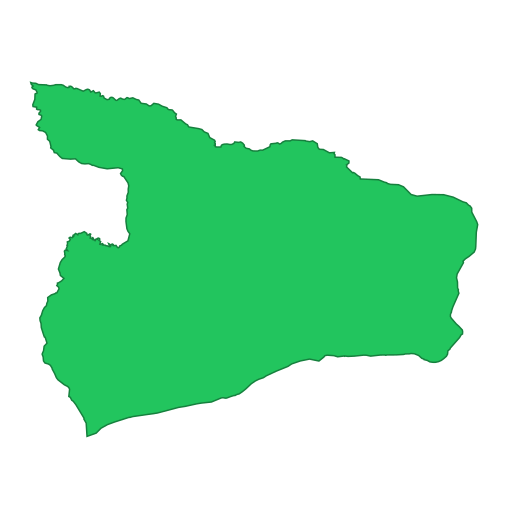 Kota Pagar Alam, Sumatera Selatan, Indonesia, rotated 269°
{"feature_id": "22746128B19740076763731", "entity_name": "Kota Pagar Alam", "entity_type": "district", "adm_level": 2, "iso_a3": "IDN", "parent_name": "Indonesia", "parent_adm1": "Sumatera Selatan", "projection": "equal_earth", "projection_center": [103.303, -4.121], "detail": "fine", "context": "isolated", "style": "filled", "palette": "green", "viewbox_px": 512, "rotation_deg": 269, "n_neighbors": 0, "source": "geoboundaries", "source_scale": "gbopen_adm2", "svg_char_len": 5951}
<svg xmlns="http://www.w3.org/2000/svg" viewBox="0 0 512 512"><g transform="rotate(269 256 256)"><path d="M276.0,476.7L283.5,478.2L286.4,477.3L296.1,472.5L300.0,472.5L302.3,470.9L303.1,469.4L305.5,467.2L306.6,463.7L311.4,454.2L314.0,444.7L314.4,433.2L313.0,418.1L314.8,412.1L322.6,404.7L324.8,399.7L325.3,391.7L326.2,388.7L327.0,387.9L327.6,385.6L330.1,379.8L331.2,361.6L333.2,361.4L334.5,359.2L337.1,356.2L337.8,354.7L337.5,354.0L343.4,348.1L344.9,348.4L345.5,348.0L347.3,350.5L349.4,350.6L351.7,346.0L351.5,345.3L352.3,344.6L353.1,343.2L353.4,336.7L355.9,336.7L357.0,335.8L358.2,336.2L357.9,331.2L361.3,325.2L361.6,321.2L363.5,319.7L367.2,319.2L370.1,314.7L369.4,311.7L370.1,307.7L370.5,307.2L371.5,294.2L370.5,292.1L370.6,287.3L369.4,284.5L368.1,283.1L367.5,281.5L368.5,280.2L368.8,279.1L368.4,278.2L367.9,272.9L367.1,272.2L365.0,271.8L361.7,264.5L361.8,262.0L360.9,259.3L361.1,254.7L361.9,252.7L363.2,251.2L363.9,248.0L365.7,246.0L367.0,246.3L369.1,244.6L370.3,242.7L369.9,240.6L370.4,236.7L369.1,236.0L368.0,233.9L367.9,232.0L368.5,229.1L368.4,226.1L367.9,224.2L367.2,223.3L365.6,222.8L365.7,218.0L366.1,217.2L366.8,217.2L367.5,216.4L367.9,217.2L369.2,217.2L369.9,216.5L371.0,217.2L372.5,216.6L375.2,211.8L379.4,210.1L381.0,206.4L383.4,204.1L384.4,200.7L386.1,191.4L386.5,190.8L388.4,189.8L389.3,188.0L393.4,183.3L393.4,179.8L394.0,178.6L395.6,178.6L397.0,178.0L399.3,178.9L400.6,177.1L403.2,175.1L403.5,174.6L403.8,171.6L404.3,170.6L405.8,169.5L407.4,164.8L409.5,161.2L410.4,156.5L408.0,153.6L407.9,151.8L409.9,149.0L410.7,143.8L414.0,141.5L414.6,139.0L416.3,135.6L415.6,132.0L416.5,130.5L416.6,129.7L414.9,127.5L414.9,127.0L415.2,125.4L416.2,123.5L415.8,122.1L414.1,119.8L414.0,119.1L414.1,118.6L416.6,116.0L417.1,115.0L417.2,113.8L416.4,112.4L415.3,112.1L414.9,109.8L416.6,106.9L418.6,106.3L419.0,105.1L418.4,104.3L418.6,102.9L421.1,103.2L422.6,102.1L421.8,98.7L422.1,97.9L424.1,96.3L422.8,93.7L425.0,92.4L425.7,90.8L425.4,89.4L423.8,86.1L426.6,79.9L426.8,78.7L426.4,78.1L426.3,76.9L428.4,74.8L429.0,73.7L428.9,72.1L427.9,72.1L427.6,70.8L428.2,68.8L430.1,66.2L430.7,64.3L430.8,58.8L430.2,56.7L429.8,53.0L430.3,50.2L430.7,49.7L431.2,41.5L432.5,38.9L432.8,35.5L433.4,33.8L431.6,34.3L429.8,36.1L428.7,34.9L428.1,35.0L427.0,36.0L425.9,38.8L423.4,40.0L422.4,39.7L422.2,38.3L421.8,37.9L416.5,37.6L411.2,35.5L409.7,35.6L409.3,35.7L408.6,39.3L406.7,39.2L406.2,39.9L406.0,42.1L405.5,43.1L404.4,43.1L402.6,41.5L401.3,41.5L400.5,43.6L399.7,44.2L396.3,43.5L394.1,40.3L390.9,38.5L390.4,38.8L388.3,41.9L386.1,40.5L385.2,41.8L384.9,44.8L383.2,47.8L379.6,49.6L376.4,49.5L374.6,51.5L373.3,52.0L369.0,52.9L367.7,52.6L365.3,55.4L362.9,56.1L362.4,58.6L358.9,61.6L356.9,64.0L356.1,72.2L356.3,77.2L353.2,80.4L351.5,83.3L351.1,86.5L351.3,90.3L350.4,92.5L349.5,93.9L349.5,95.2L347.4,100.5L345.8,108.7L346.7,119.8L345.4,123.9L343.6,124.1L340.8,122.0L339.0,122.9L338.1,124.0L337.6,125.3L331.4,129.3L328.4,130.0L325.2,129.4L321.8,129.4L318.3,128.0L316.1,128.0L314.0,127.4L311.9,128.7L310.0,128.1L306.1,128.6L304.6,127.7L299.6,128.0L296.2,126.7L292.7,126.6L285.6,127.4L283.0,128.4L280.4,130.2L273.4,128.2L270.1,122.5L269.1,121.7L268.4,119.9L267.2,119.5L266.6,118.3L267.7,117.0L269.0,116.3L268.9,113.8L269.1,113.2L270.0,113.4L270.5,112.5L269.7,110.9L269.6,110.1L270.4,109.8L270.9,108.9L269.1,109.6L268.5,110.9L267.9,110.5L267.9,109.4L268.8,107.3L268.8,106.3L269.4,105.7L269.7,102.9L270.4,103.3L271.1,102.7L270.3,100.5L270.5,100.0L273.2,100.9L274.4,99.3L275.6,100.1L276.2,99.8L276.7,98.5L276.2,97.6L275.6,97.6L275.8,96.8L275.5,96.0L274.2,95.6L274.2,95.2L275.0,94.6L275.1,93.3L275.6,92.7L276.4,93.7L277.2,93.1L276.7,92.2L276.8,90.6L278.5,90.9L279.7,90.3L280.7,91.1L280.9,90.9L281.0,90.2L279.8,88.3L280.2,87.4L281.6,87.2L283.3,84.7L281.7,81.1L281.7,79.2L281.2,78.5L280.3,78.2L281.7,76.1L280.6,74.7L280.2,74.7L280.0,73.6L278.9,73.2L278.6,73.8L277.5,72.5L278.0,70.7L277.7,69.8L277.2,69.4L275.8,70.6L274.2,69.7L273.4,67.6L271.6,67.8L269.8,67.2L269.5,67.7L266.5,66.4L264.7,67.7L265.2,65.4L264.2,64.5L261.7,64.9L260.5,64.7L260.0,65.2L259.3,65.3L258.2,64.7L255.8,62.1L252.8,60.2L246.4,58.2L242.5,59.7L239.9,60.1L237.0,63.6L234.5,61.2L232.6,58.0L232.4,57.0L231.0,57.0L229.9,56.3L228.4,58.0L226.7,58.5L222.6,56.2L222.5,55.0L221.9,54.5L220.7,50.7L218.1,47.0L214.6,47.1L212.2,46.0L210.0,45.6L208.2,43.6L205.0,41.8L200.6,40.4L197.9,38.8L195.1,39.0L192.3,39.9L188.2,40.1L180.8,42.3L178.7,43.0L178.4,43.8L172.5,45.5L169.5,42.6L164.9,41.9L162.1,40.6L161.3,40.5L158.9,41.4L154.8,41.7L152.7,43.1L151.6,46.6L150.3,48.5L147.4,50.2L146.7,50.2L142.0,52.6L137.8,54.3L135.7,55.8L130.6,62.1L128.8,65.5L127.4,66.7L126.1,67.3L118.8,66.4L117.9,67.9L115.1,69.2L113.9,70.8L110.5,73.3L96.9,81.2L95.9,81.1L91.9,83.3L78.6,83.9L81.7,93.1L86.5,98.0L90.0,104.5L92.5,111.7L97.0,126.6L96.8,127.0L97.6,129.9L100.7,154.5L106.0,176.0L106.9,182.6L109.2,194.0L109.9,198.8L110.8,208.9L114.7,218.8L114.9,220.5L114.4,222.9L114.5,224.2L115.9,228.1L116.9,231.5L116.9,232.6L117.9,234.5L118.4,236.7L120.5,239.9L123.3,243.5L128.4,249.1L131.1,253.2L132.7,256.6L134.2,261.3L136.1,264.3L140.5,274.2L145.1,286.1L147.5,289.8L150.3,298.5L152.0,307.7L149.9,317.1L153.8,322.1L155.1,323.1L155.6,325.4L155.0,332.2L153.8,335.9L154.5,342.7L154.2,342.8L154.4,343.8L154.0,346.2L154.2,352.7L155.0,361.9L154.9,364.5L153.9,368.9L154.8,378.5L154.8,383.0L154.5,384.0L154.8,385.3L154.7,394.4L155.0,401.9L155.5,403.7L155.5,407.5L155.8,409.3L155.5,412.6L153.7,416.9L150.8,420.0L150.0,422.1L149.5,422.2L148.6,425.4L147.1,428.0L146.6,431.2L146.6,433.7L147.2,436.7L148.4,439.5L150.1,441.9L152.4,444.6L154.5,445.8L157.9,446.2L159.4,448.2L160.6,448.7L170.9,458.1L173.6,459.7L174.4,461.1L176.6,461.3L178.4,461.0L182.2,457.6L184.7,454.9L190.5,450.1L192.1,449.3L194.3,449.4L196.7,450.5L197.5,450.5L201.8,452.0L215.2,458.2L217.8,457.5L218.6,457.8L220.5,457.0L226.5,457.0L230.7,456.1L234.5,456.8L245.7,463.3L247.2,462.9L249.6,465.4L251.8,468.9L256.1,474.2L259.2,475.6L261.7,475.9L276.0,476.7Z" fill="#22c55e" stroke="#15803d" stroke-width="1.5"/></g></svg>